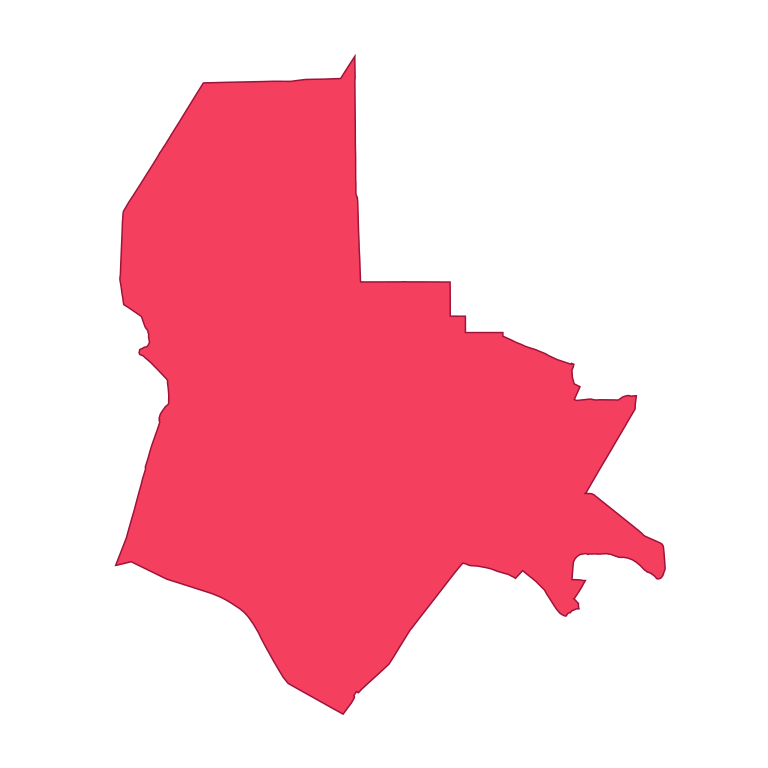 outline of Garliciu, Constanta, Romania, rotated 268°
{"feature_id": "2599482B92428922376661", "entity_name": "Garliciu", "entity_type": "district", "adm_level": 2, "iso_a3": "ROU", "parent_name": "Romania", "parent_adm1": "Constanta", "projection": "natural_earth1", "projection_center": [28.106, 44.755], "detail": "fine", "context": "isolated", "style": "filled", "palette": "rose", "viewbox_px": 768, "rotation_deg": 268, "n_neighbors": 0, "source": "geoboundaries", "source_scale": "gbopen_adm2", "svg_char_len": 5816}
<svg xmlns="http://www.w3.org/2000/svg" viewBox="0 0 768 768"><g transform="rotate(268 384 384)"><path d="M55.5,331.6L60.8,335.8L66.7,340.5L71.7,343.5L72.5,343.5L73.4,342.9L77.6,345.7L76.3,347.6L79.9,351.2L85.0,357.1L94.8,368.7L97.9,372.3L100.9,375.8L103.9,379.2L110.4,383.7L120.1,390.1L137.3,401.6L138.3,402.5L138.7,403.0L146.7,409.5L153.7,415.4L169.6,428.7L184.4,441.0L194.3,449.3L200.2,454.6L202.0,456.3L202.2,456.5L201.6,458.8L201.3,459.6L200.4,461.5L199.8,463.1L199.4,464.4L199.3,466.0L199.0,469.2L198.6,472.1L198.0,474.6L196.9,479.7L196.6,480.7L196.2,482.2L195.5,484.4L194.8,486.3L194.1,487.9L193.5,489.2L192.8,491.0L191.5,495.0L190.7,497.2L190.3,498.3L189.9,500.1L190.0,500.2L189.0,502.2L187.9,504.1L186.7,506.4L185.2,508.7L185.4,508.8L192.6,516.0L192.1,516.6L186.8,522.7L184.3,525.7L182.4,527.8L181.3,529.0L172.6,537.1L172.0,537.5L168.8,539.1L167.7,539.7L164.1,541.9L156.7,546.2L155.2,547.1L152.7,548.7L150.5,550.5L149.1,551.5L147.5,553.5L147.3,553.9L146.0,556.3L145.8,558.0L147.2,558.9L148.4,559.8L148.7,560.4L148.8,560.9L148.9,562.2L149.9,562.9L150.6,563.8L151.3,565.0L151.2,565.1L151.9,566.9L152.5,568.3L152.6,569.9L152.4,570.9L152.7,571.1L153.5,570.8L154.2,570.7L155.8,570.6L157.4,570.6L158.1,570.7L158.3,570.1L159.5,569.2L161.3,567.7L162.6,566.4L162.6,566.5L171.6,572.9L180.6,578.4L180.6,576.6L181.4,572.8L181.8,568.1L181.9,565.0L191.5,566.1L198.0,566.9L199.4,567.1L202.5,568.7L205.0,571.1L206.8,574.1L207.5,579.3L207.2,580.9L206.6,581.6L206.6,582.4L207.0,583.0L206.8,586.1L206.9,588.3L206.6,591.3L206.5,594.2L206.7,597.2L206.6,599.5L206.9,600.6L206.3,601.6L205.9,604.9L205.2,606.1L204.8,607.1L204.4,608.4L203.8,609.4L203.7,610.3L203.0,611.5L202.7,612.9L202.5,613.7L202.4,617.1L202.4,618.0L202.1,618.5L201.9,619.5L202.0,620.1L201.7,621.0L200.2,624.9L199.4,626.5L196.9,630.1L193.5,633.9L190.3,636.7L188.6,638.4L188.3,639.2L187.3,640.0L187.0,640.4L186.3,642.3L185.7,643.5L185.5,644.4L184.8,644.8L184.3,645.4L183.9,646.1L183.4,646.8L182.1,648.1L179.9,649.8L179.6,651.2L179.8,652.3L180.4,654.0L181.0,654.6L181.8,655.1L182.3,655.4L182.6,655.9L185.3,656.9L187.5,657.8L188.7,658.3L189.1,658.4L190.0,658.5L191.1,658.5L197.5,658.3L206.3,657.9L210.9,657.6L211.8,657.5L212.9,657.1L214.2,656.3L215.0,655.3L216.3,652.9L220.8,643.6L222.9,639.4L223.7,638.2L224.9,637.2L225.9,636.3L228.2,633.8L235.3,625.6L257.3,600.0L260.9,595.8L264.5,591.6L265.6,590.5L266.2,589.4L266.7,588.6L267.1,587.5L267.3,586.3L267.4,584.5L267.6,581.2L268.2,581.7L268.2,582.1L278.1,588.3L292.1,597.1L300.5,602.5L303.9,604.7L323.0,616.8L326.6,619.1L333.5,623.5L338.2,626.4L340.9,628.1L350.1,634.0L351.7,634.2L353.5,634.3L354.3,634.3L355.6,634.5L358.5,635.0L363.4,635.8L363.4,635.7L363.5,635.0L363.2,630.5L363.7,629.0L364.0,627.2L363.7,625.8L363.2,623.6L362.4,621.5L360.6,618.9L359.8,617.5L359.8,616.9L360.0,614.5L360.7,599.3L360.6,595.3L360.9,593.5L361.3,591.7L361.8,589.9L360.8,576.0L361.8,573.6L374.4,579.8L377.5,574.1L383.9,572.5L391.3,572.3L393.9,573.5L396.2,574.2L396.3,574.1L397.1,574.4L398.1,572.1L397.2,571.7L401.9,559.1L402.2,558.2L406.8,549.2L408.4,546.9L410.8,541.6L413.2,536.3L415.2,530.5L416.7,526.6L418.9,522.3L420.8,517.8L423.8,512.3L426.3,507.2L427.6,504.5L431.3,504.6L431.9,486.8L432.6,467.2L448.9,467.7L449.3,457.6L449.5,452.6L453.7,452.7L459.6,452.9L465.5,453.1L475.0,453.4L483.6,453.6L483.7,451.3L483.8,447.6L484.1,441.8L484.8,423.1L485.2,411.0L485.3,410.8L485.5,407.5L485.5,407.2L485.5,406.0L485.4,406.0L486.8,364.2L487.0,364.1L501.5,364.1L510.6,364.1L520.8,363.9L525.1,364.0L537.6,363.9L567.3,364.1L571.6,363.8L572.7,363.2L574.5,362.6L576.3,362.6L586.7,362.9L588.6,362.8L613.4,363.6L623.9,363.7L633.5,364.0L643.4,364.3L643.5,364.3L689.4,365.5L689.9,365.8L701.1,366.0L711.0,366.2L712.5,366.3L701.6,358.7L690.8,351.3L690.8,344.9L690.8,334.5L691.1,315.9L689.7,301.0L690.4,284.9L690.5,273.0L690.7,258.2L690.9,243.7L691.0,237.4L691.0,236.0L691.2,214.9L691.2,214.1L690.9,213.8L679.6,206.2L670.6,200.2L665.8,197.0L652.5,188.2L640.4,180.0L640.3,179.8L639.4,179.5L638.9,179.1L629.9,173.1L629.0,172.3L624.8,169.5L623.9,168.8L622.9,168.0L622.2,167.5L621.2,167.1L619.8,166.2L612.0,161.0L610.5,160.0L608.5,158.6L601.9,154.1L593.0,148.1L581.7,140.3L574.5,135.2L569.7,132.2L565.8,129.7L564.4,129.3L560.8,128.9L555.5,128.3L552.9,128.1L549.6,127.9L546.6,127.7L511.6,125.0L503.1,124.4L501.3,124.2L500.9,124.0L497.5,123.7L490.9,124.6L483.0,125.4L477.9,126.1L477.2,126.1L473.6,126.5L472.5,126.7L472.3,126.8L470.0,130.3L462.7,140.2L460.1,143.7L459.7,144.0L457.1,144.8L452.9,146.1L449.8,147.1L448.9,147.5L448.5,147.8L447.7,148.1L447.3,148.8L444.6,150.0L443.4,150.0L442.5,150.6L440.3,150.4L438.6,150.4L435.8,150.8L435.7,150.8L434.0,151.1L433.3,150.9L430.8,149.5L429.3,148.0L429.3,147.0L429.1,145.6L428.5,144.7L427.9,143.6L427.4,141.9L426.9,141.1L426.1,140.8L424.5,140.6L423.9,140.3L423.0,140.5L422.2,140.9L421.8,141.2L421.5,142.1L420.6,144.2L418.2,146.6L416.7,148.3L413.7,151.5L407.6,157.1L396.3,167.1L394.9,167.8L392.6,167.7L387.2,168.2L380.1,168.5L372.2,168.1L371.2,167.7L369.0,164.8L364.5,161.3L362.0,159.6L358.0,158.1L356.3,158.5L355.8,157.9L355.4,158.1L354.1,158.5L352.8,158.3L345.8,155.7L342.4,154.3L338.0,152.6L335.0,151.4L330.0,149.5L325.1,147.8L318.0,145.6L310.2,142.8L308.7,142.5L307.5,142.8L296.8,139.1L292.0,137.8L284.5,135.4L277.4,133.2L272.1,131.6L265.4,129.6L258.0,127.1L252.3,125.3L245.2,123.0L239.3,121.2L212.1,109.5L212.3,111.0L213.7,118.0L215.2,125.1L196.6,160.0L182.8,198.5L182.3,199.9L180.7,204.2L180.3,205.3L176.9,212.9L173.8,218.4L171.9,221.4L169.4,225.1L164.4,232.1L160.5,236.5L156.3,240.0L153.8,241.7L153.6,242.0L153.4,242.0L152.9,242.3L148.0,245.4L139.9,249.8L139.5,250.0L133.0,252.8L132.6,253.1L132.3,253.2L122.7,257.9L121.5,258.6L118.5,260.1L110.1,264.4L104.8,267.3L100.3,269.7L96.3,272.0L94.9,272.7L93.9,273.4L89.1,277.0L87.9,278.0L60.9,322.5L55.5,331.6Z" fill="#f43f5e" stroke="#9f1239" stroke-width="1.5"/></g></svg>